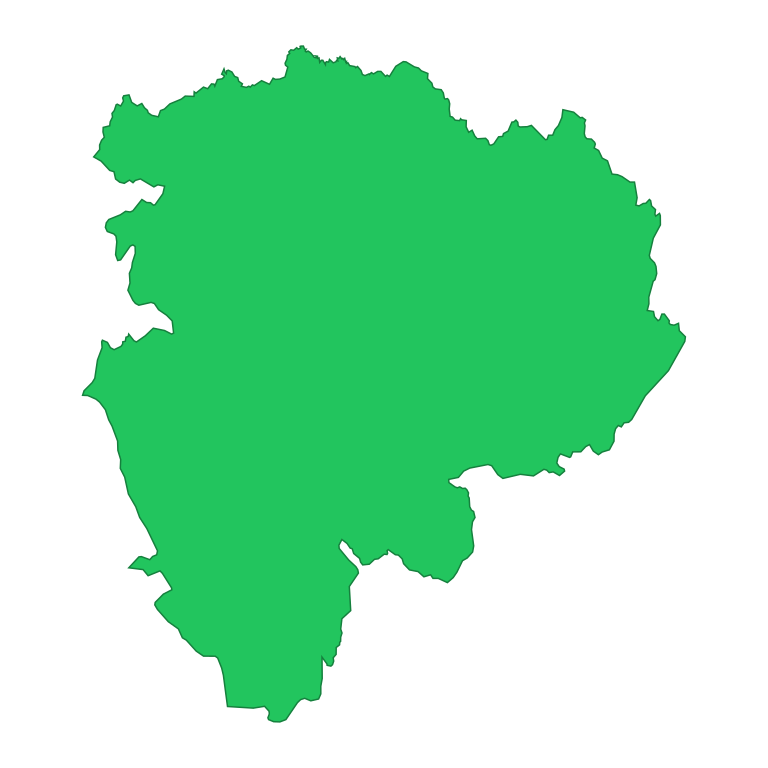 SVG path tracing the border of Orientale
{"feature_id": "COD-1559", "entity_name": "Orientale", "entity_type": "Province", "adm_level": 1, "iso_a3": "COD", "parent_name": "Democratic Republic of the Congo", "parent_adm1": "", "projection": "equal_earth", "projection_center": [26.062, 1.632], "detail": "fine", "context": "isolated", "style": "filled", "palette": "green", "viewbox_px": 768, "rotation_deg": 0, "n_neighbors": 0, "source": "natural_earth", "source_scale": "10m", "svg_char_len": 5997}
<svg xmlns="http://www.w3.org/2000/svg" viewBox="0 0 768 768"><path d="M427.9,73.5L427.5,78.7L431.9,83.2L432.8,86.9L435.3,88.9L441.2,89.7L443.3,92.9L444.3,98.1L445.1,99.1L447.5,98.6L448.7,100.0L449.7,103.8L449.2,109.0L450.1,116.4L452.5,117.1L455.2,120.2L459.6,120.6L460.6,118.7L461.6,119.8L466.3,120.5L466.1,126.8L468.7,132.3L472.1,130.2L474.7,135.9L477.2,138.8L485.6,138.3L487.9,140.6L489.3,144.6L490.9,145.3L493.8,143.9L498.6,136.8L502.7,136.4L503.5,133.6L508.1,131.1L511.9,122.1L513.8,121.9L515.9,120.1L517.8,122.3L518.2,126.0L519.9,127.0L527.3,126.7L531.4,125.4L545.4,139.7L547.1,139.4L548.6,135.2L552.7,135.2L555.0,129.6L558.4,125.6L561.9,117.5L562.9,109.7L573.7,112.2L580.2,117.8L582.2,117.4L585.6,120.0L584.4,122.9L585.0,125.9L584.3,133.5L585.1,136.8L586.9,138.8L591.4,139.1L594.6,142.3L595.3,144.1L594.2,148.0L598.6,150.5L602.2,158.1L607.5,160.9L612.0,174.1L617.5,174.7L622.0,176.6L630.0,182.1L634.5,182.1L637.1,197.7L635.8,205.1L639.1,205.9L643.2,203.5L645.8,203.3L649.4,199.5L650.6,200.6L651.6,206.0L655.5,209.6L654.9,214.2L655.7,216.1L659.5,213.4L660.3,215.6L660.4,224.9L653.3,238.2L649.3,255.4L650.2,258.4L654.5,262.8L656.0,266.5L656.7,273.6L655.0,279.7L653.2,281.2L648.8,297.1L648.9,303.8L647.2,310.5L653.5,311.5L654.5,316.7L658.0,320.7L659.9,319.4L661.9,314.1L664.4,314.1L669.3,320.8L669.0,323.0L670.3,324.5L674.1,325.2L678.5,323.3L679.3,330.7L685.4,336.8L684.8,341.4L668.4,370.7L645.3,395.8L631.7,419.5L628.6,422.3L624.1,422.8L621.3,426.9L618.3,425.5L615.6,428.7L614.1,434.1L614.0,441.2L609.4,449.8L602.2,452.0L598.4,454.7L593.3,451.1L589.5,444.6L585.7,446.6L580.8,451.8L572.7,451.9L570.7,456.8L569.6,457.4L560.4,453.9L558.0,457.4L556.8,463.0L559.2,466.6L564.1,469.1L564.6,471.1L559.5,475.5L553.2,471.9L549.2,472.6L546.7,470.1L543.9,469.3L533.5,475.9L520.3,474.3L502.9,478.4L497.8,474.6L491.7,465.7L488.0,464.5L469.7,468.1L463.7,471.1L458.4,477.4L448.7,479.4L448.9,482.6L454.9,486.9L457.3,487.8L459.8,486.9L462.6,488.5L465.2,488.2L466.8,489.7L468.5,492.9L468.1,496.1L469.2,498.0L469.7,506.7L471.4,510.1L473.6,511.5L475.0,517.5L472.5,521.8L471.5,529.6L473.7,545.9L472.6,552.0L467.2,558.0L462.5,560.7L456.9,572.2L453.2,577.6L447.4,582.6L438.3,578.4L433.0,578.4L430.6,574.8L423.9,576.8L418.1,571.6L409.5,569.9L403.6,563.7L402.2,558.9L398.4,555.1L395.3,554.7L388.2,549.6L387.1,550.6L387.6,553.4L387.0,554.5L384.2,554.2L378.2,558.8L374.5,559.3L369.3,564.2L362.7,564.9L360.6,562.1L359.6,558.4L353.7,553.5L352.2,548.7L350.2,548.1L347.0,543.4L341.9,539.5L338.9,545.2L339.2,548.5L348.7,560.0L355.9,566.7L357.8,569.8L358.4,573.1L349.3,586.5L350.7,610.6L341.9,618.7L340.7,629.1L342.0,633.0L340.7,637.1L340.6,641.4L339.7,642.3L339.6,644.8L336.2,647.5L336.1,654.4L333.2,657.8L333.7,661.1L332.5,664.7L330.9,666.1L327.1,665.3L326.9,663.8L322.0,657.1L322.2,678.5L320.8,686.2L320.8,693.9L318.6,699.0L310.8,700.8L304.7,698.3L300.6,699.6L297.4,702.7L285.9,719.6L279.9,721.9L273.7,721.7L268.6,719.6L267.9,717.8L269.3,714.0L269.1,711.3L264.6,706.3L253.3,708.1L227.5,706.5L223.4,675.3L221.7,668.1L217.7,658.0L215.2,656.2L203.5,656.1L196.2,651.1L186.3,640.1L182.4,637.8L178.4,628.9L168.3,621.7L157.5,609.5L154.8,604.9L155.2,602.4L163.4,594.1L171.8,589.8L171.6,587.9L162.4,573.3L160.0,570.9L148.1,575.7L143.1,569.6L128.8,567.8L138.9,556.9L141.4,556.6L149.8,559.7L152.6,556.5L156.7,554.8L157.5,550.8L146.8,528.5L139.7,517.5L135.8,506.8L128.4,494.0L124.7,477.1L120.3,468.4L120.7,459.6L117.9,450.4L117.6,441.0L112.1,426.2L108.7,419.8L105.4,409.7L99.6,402.1L95.9,399.1L87.7,395.5L82.6,395.3L84.1,390.7L92.2,382.6L94.8,378.3L97.5,360.0L102.1,347.7L101.7,341.8L102.4,340.2L107.4,342.4L110.4,347.7L114.1,349.7L121.0,346.4L122.6,344.2L122.8,341.8L125.3,341.3L126.0,337.2L128.2,336.5L128.7,334.1L133.9,340.7L136.4,342.0L145.3,335.8L153.3,328.2L164.5,330.5L171.6,334.1L173.6,333.1L172.2,320.9L166.6,315.2L158.6,309.7L154.4,303.5L151.1,302.4L138.8,305.2L135.4,303.4L132.9,300.3L127.9,290.2L130.0,283.0L129.4,273.3L131.7,267.9L132.4,262.5L135.3,253.4L135.1,246.4L132.9,244.9L130.2,246.1L120.6,259.9L117.7,260.5L115.6,254.7L116.8,241.9L116.0,236.2L113.8,233.9L107.3,231.5L105.4,227.4L106.3,222.8L108.8,219.5L120.4,214.8L125.6,211.3L130.2,212.0L132.9,210.8L141.9,199.5L146.6,202.5L150.5,202.7L153.5,205.2L155.1,204.7L162.9,193.7L164.6,186.2L157.8,184.8L153.9,186.9L140.4,178.9L135.3,180.4L133.0,182.7L129.5,180.1L124.3,183.3L119.7,182.2L115.6,179.0L114.0,171.7L109.7,170.4L101.1,161.1L93.7,156.9L99.7,149.6L99.6,145.0L101.6,140.2L104.3,137.3L103.0,132.0L103.2,127.4L109.7,125.8L110.2,121.8L112.5,117.1L112.0,113.4L114.3,110.5L116.2,104.7L117.3,104.2L120.7,106.0L123.5,101.1L122.7,97.9L123.7,95.8L129.0,94.9L131.7,102.4L137.2,105.9L141.8,103.5L144.5,107.8L147.4,110.3L148.2,112.8L151.7,115.3L158.3,116.8L160.5,110.6L164.4,109.1L169.9,103.9L181.4,99.1L185.2,96.1L194.0,96.4L194.2,91.8L196.0,93.1L203.5,87.1L207.7,88.7L211.5,83.9L214.0,84.1L214.8,86.2L217.4,79.6L222.2,78.8L224.2,76.7L224.1,75.6L221.7,74.2L224.0,68.9L225.1,72.5L226.3,73.8L226.7,70.8L228.3,70.2L231.9,72.0L234.6,76.4L237.7,77.6L238.7,81.3L242.4,83.8L241.3,86.3L246.4,87.4L248.8,86.2L250.3,87.1L252.4,84.9L254.3,85.6L261.6,80.7L269.5,84.3L273.1,78.2L275.4,79.4L279.7,79.1L285.0,77.0L287.8,67.1L285.5,65.2L285.1,63.2L286.9,59.3L287.4,55.4L289.7,53.5L288.8,51.9L290.9,49.8L293.6,50.3L296.7,47.7L298.2,49.1L300.7,48.0L300.1,46.4L300.9,46.1L303.4,46.1L304.6,49.2L306.2,49.2L305.2,51.0L306.2,52.0L308.0,51.0L310.7,52.9L314.2,57.3L316.1,57.8L316.7,56.6L315.9,56.0L317.5,56.2L317.6,58.4L319.0,57.9L319.7,62.4L321.3,60.3L322.8,60.3L325.4,64.6L325.5,62.7L326.4,61.7L328.6,62.1L329.5,59.4L333.2,62.8L335.9,61.8L336.6,60.4L337.8,60.9L337.3,57.9L338.9,58.4L340.1,56.6L341.9,59.0L342.8,58.4L343.7,59.6L344.7,58.4L345.7,62.0L346.5,61.5L346.5,63.4L347.9,62.8L349.6,65.6L355.0,66.6L355.7,67.7L357.5,66.5L361.0,70.5L362.4,74.5L365.0,75.6L369.0,73.9L369.4,74.5L371.4,72.6L373.5,73.9L377.7,71.4L380.9,71.4L385.5,76.4L387.1,75.1L389.4,76.5L395.8,66.3L403.3,61.6L406.1,61.9L414.4,66.9L418.5,68.0L421.3,70.8L427.9,73.5Z" fill="#22c55e" stroke="#15803d" stroke-width="1.5"/></svg>